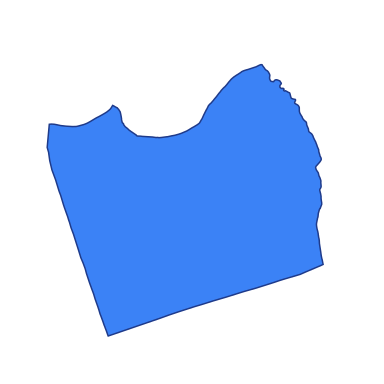 Taling Chan, Bangkok Metropolis, Thailand (Natural Earth projection), rotated 247°
{"feature_id": "78962969B19319663226998", "entity_name": "Taling Chan", "entity_type": "district", "adm_level": 2, "iso_a3": "THA", "parent_name": "Thailand", "parent_adm1": "Bangkok Metropolis", "projection": "natural_earth1", "projection_center": [100.444, 13.771], "detail": "fine", "context": "isolated", "style": "filled", "palette": "blue", "viewbox_px": 384, "rotation_deg": 247, "n_neighbors": 0, "source": "geoboundaries", "source_scale": "gbopen_adm2", "svg_char_len": 5743}
<svg xmlns="http://www.w3.org/2000/svg" viewBox="0 0 384 384"><g transform="rotate(247 192 192)"><path d="M100.9,290.9L102.7,291.4L103.0,291.4L104.5,291.9L106.0,292.2L106.9,292.4L108.0,292.5L109.7,292.8L110.9,293.1L112.1,293.4L113.8,294.0L115.0,294.7L115.9,295.3L116.0,295.4L117.0,296.0L117.3,296.3L117.6,296.5L118.2,296.9L118.6,297.1L119.4,297.8L119.7,298.1L120.2,298.3L120.6,298.7L120.9,298.8L121.1,298.9L123.1,300.0L123.7,300.5L124.3,301.0L125.2,301.7L125.6,302.0L126.2,302.6L126.7,303.1L126.7,303.4L126.8,303.6L128.0,304.7L130.0,306.6L131.5,307.2L133.2,307.6L135.4,308.2L136.4,308.6L137.6,309.1L140.1,309.7L142.8,310.1L143.5,310.2L144.2,310.5L144.4,310.6L144.8,311.1L145.2,311.7L145.9,312.5L146.4,312.9L147.7,313.4L149.6,314.0L150.7,314.4L151.6,314.9L152.4,315.1L154.8,315.3L155.8,315.3L157.2,315.2L158.0,315.3L160.1,315.7L160.5,315.7L162.6,315.3L163.8,315.1L164.3,315.1L165.3,315.2L166.0,315.3L166.4,315.5L166.6,315.6L166.8,315.8L167.2,316.2L167.7,317.3L169.2,320.4L169.7,321.4L170.0,321.9L171.0,323.3L171.4,323.6L171.7,323.8L172.0,323.9L172.8,324.0L173.1,324.1L174.2,324.0L175.3,323.9L176.1,324.1L177.9,324.3L179.5,324.5L180.0,324.6L181.4,325.1L183.1,325.1L183.3,325.1L184.5,325.1L187.1,325.3L187.9,325.3L188.0,325.3L188.3,325.3L189.7,325.4L192.2,325.2L194.6,325.1L196.6,325.2L198.1,325.0L198.9,324.8L201.2,323.5L201.8,323.2L202.0,323.2L202.5,323.2L203.1,323.4L204.8,323.8L205.8,323.8L208.0,323.8L208.7,323.8L209.1,323.9L209.7,324.0L210.5,324.3L211.2,324.4L211.6,324.5L211.8,324.4L213.9,323.4L215.2,322.9L216.9,322.6L217.8,322.7L218.9,322.6L219.1,322.5L222.4,322.1L224.1,322.3L224.6,322.5L225.5,322.8L227.7,323.7L228.2,323.8L229.0,323.8L230.0,323.6L230.3,323.5L230.5,323.4L231.3,322.9L232.8,321.7L233.5,321.3L233.8,321.3L234.0,321.4L234.5,321.6L235.3,322.4L235.6,322.9L236.0,323.1L236.4,323.3L236.6,323.3L236.9,323.2L237.0,323.1L237.8,321.8L239.0,320.5L239.3,320.2L239.6,320.1L239.8,320.0L241.0,320.1L242.3,320.3L243.6,320.5L244.3,320.6L244.8,320.6L245.1,320.6L245.3,320.5L246.0,319.7L246.7,319.2L246.9,319.1L247.7,318.4L248.2,318.0L248.5,317.8L248.7,317.5L248.7,317.0L248.8,316.7L249.2,316.3L249.6,316.1L250.0,316.1L250.3,316.2L250.3,316.3L250.5,316.8L250.8,316.9L251.4,316.7L251.8,316.4L252.0,316.1L252.3,315.0L252.4,314.9L252.5,314.7L253.2,314.2L253.5,314.1L253.8,313.9L254.2,314.0L254.7,314.1L255.2,314.2L255.5,314.4L255.7,314.6L255.9,314.9L256.7,316.3L256.8,316.4L257.0,316.6L257.3,316.7L258.4,316.5L259.5,316.3L259.8,316.3L260.0,316.2L260.5,315.7L261.6,314.6L262.3,313.7L262.4,313.2L262.6,312.7L262.6,312.2L262.5,311.8L262.4,311.5L262.0,310.7L261.7,310.3L261.9,309.7L262.2,309.2L262.4,308.9L263.0,308.0L263.5,307.8L264.6,307.7L265.5,307.6L266.8,308.0L268.2,308.8L269.1,309.3L270.4,309.4L271.3,309.3L272.7,309.2L273.1,309.0L274.1,308.7L275.0,308.0L275.7,307.6L276.8,307.2L277.6,307.1L280.8,306.3L281.8,306.2L282.3,305.3L282.4,304.3L282.4,304.2L282.4,303.2L282.2,299.8L282.4,297.9L282.4,297.7L282.9,291.5L283.2,289.4L283.2,289.2L283.3,288.4L283.4,287.0L283.4,286.8L283.4,285.7L283.3,284.5L283.2,284.3L283.0,283.7L282.8,282.5L282.5,280.9L282.4,280.5L282.2,278.8L281.6,275.9L281.5,275.2L281.4,275.0L280.9,273.4L280.5,272.2L280.1,271.4L279.3,269.8L278.8,268.7L278.6,268.4L277.7,266.7L277.4,266.3L276.8,265.0L276.0,263.4L275.9,262.8L275.1,260.8L274.7,260.0L274.2,258.8L273.4,257.5L272.7,256.2L272.3,255.3L272.2,255.2L272.0,254.8L270.2,251.7L269.7,250.7L268.6,248.5L267.8,247.2L267.6,246.6L266.4,244.3L266.2,243.4L266.1,243.1L265.8,242.6L265.2,241.1L262.5,238.0L262.4,237.7L261.9,237.1L260.2,235.1L258.9,233.6L258.5,233.1L255.8,230.2L255.3,229.6L254.8,228.8L253.4,227.0L253.1,226.5L252.6,225.9L252.4,225.4L252.1,224.1L251.9,223.4L251.4,220.0L251.2,218.6L251.2,218.1L251.1,217.2L250.5,213.4L250.2,211.0L250.2,210.8L250.2,207.9L250.2,206.4L250.2,205.2L250.3,203.7L250.4,202.4L250.7,200.1L250.9,198.5L251.3,196.7L251.6,195.4L252.4,191.2L252.5,190.9L252.7,190.3L254.1,185.3L254.8,183.1L255.0,182.7L255.5,181.9L255.7,181.6L256.1,180.4L256.4,179.8L257.0,178.9L257.4,178.1L257.8,177.6L262.6,168.0L263.6,166.3L264.5,164.3L264.8,163.7L265.3,163.2L265.6,163.0L266.1,163.0L268.9,161.2L270.8,160.0L271.2,159.7L271.8,159.3L272.1,159.2L273.3,158.4L275.7,157.4L278.2,156.0L280.7,155.4L280.8,155.4L281.3,155.6L282.2,155.4L282.8,155.0L283.1,155.0L283.5,155.0L286.2,155.4L286.8,155.7L288.7,156.2L291.5,156.8L292.7,157.0L293.7,157.2L295.7,156.9L296.9,156.7L297.1,156.6L297.8,156.3L298.2,156.2L298.7,156.1L299.0,155.7L299.7,155.2L301.4,153.8L301.6,153.8L301.7,153.7L302.7,152.8L300.8,150.1L300.4,149.5L300.0,148.4L299.6,147.3L299.3,146.1L298.9,144.7L298.5,142.1L298.2,139.7L297.8,135.9L297.6,132.8L297.1,129.2L296.6,125.7L296.3,122.5L296.3,121.8L296.3,120.3L296.4,118.5L297.2,112.7L297.6,110.8L298.0,109.9L298.9,107.6L301.8,101.8L304.5,97.0L305.0,96.3L307.1,93.3L308.1,91.8L308.5,91.0L309.0,90.1L309.2,89.6L309.5,89.0L310.1,87.1L289.6,76.1L284.6,75.5L276.5,73.3L267.1,71.7L256.5,71.2L245.1,70.0L243.5,69.9L240.4,69.8L235.8,69.3L230.4,68.7L227.9,68.5L226.3,68.4L223.1,68.2L219.7,68.0L217.7,67.9L216.9,67.8L214.3,67.5L212.2,67.4L206.4,66.7L199.4,66.4L195.3,66.0L182.6,64.8L174.9,64.0L169.3,64.0L163.1,63.7L158.1,63.0L148.4,62.2L145.0,62.0L144.1,62.0L143.3,61.9L138.5,61.7L136.6,61.6L131.2,61.0L123.1,60.5L119.6,60.2L116.3,59.8L115.2,59.7L113.9,59.7L107.6,59.4L105.1,59.2L103.6,59.1L102.4,59.1L100.7,59.0L97.6,58.9L96.1,58.8L93.2,58.6L92.2,58.6L91.2,72.4L88.3,112.9L87.8,122.2L87.0,132.6L85.5,149.5L84.7,156.4L83.5,168.7L81.9,182.5L80.1,200.9L78.5,213.6L76.7,232.5L76.3,238.1L75.7,243.9L73.9,259.4L74.0,265.8L74.0,275.0L74.0,282.3L74.1,284.4L74.7,284.5L78.4,285.3L80.0,285.5L82.5,286.0L84.1,286.4L86.6,287.1L91.8,288.4L94.1,289.0L94.6,289.1L96.5,289.8L96.8,289.9L97.3,290.1L99.1,290.6L100.9,290.9Z" fill="#3b82f6" stroke="#1e3a8a" stroke-width="1.5"/></g></svg>